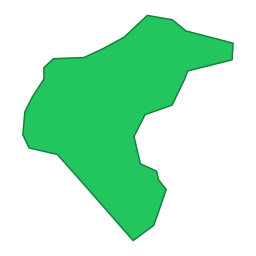 Håbo, Uppsala, Sweden
{"feature_id": "70781695B92179947733234", "entity_name": "Håbo", "entity_type": "district", "adm_level": 2, "iso_a3": "SWE", "parent_name": "Sweden", "parent_adm1": "Uppsala", "projection": "robinson", "projection_center": [17.508, 59.623], "detail": "fine", "context": "isolated", "style": "filled", "palette": "green", "viewbox_px": 256, "rotation_deg": 0, "n_neighbors": 0, "source": "geoboundaries", "source_scale": "gbopen_adm2", "svg_char_len": 510}
<svg xmlns="http://www.w3.org/2000/svg" viewBox="0 0 256 256"><path d="M147.3,15.4L124.1,37.2L103.1,48.6L84.0,57.5L53.5,58.7L43.9,67.6L43.9,79.0L32.4,96.8L24.8,112.0L22.9,134.9L29.1,148.0L57.4,154.5L87.4,188.4L133.1,240.6L153.8,225.4L166.2,189.6L158.5,179.7L156.6,171.2L140.4,163.8L134.0,136.5L145.1,114.6L172.1,105.1L178.0,92.9L184.9,78.6L187.6,71.0L188.0,70.9L232.1,59.8L233.1,43.2L189.3,31.8L185.9,30.9L177.6,24.1L172.4,19.8L151.2,16.1L147.3,15.4Z" fill="#22c55e" stroke="#15803d" stroke-width="1.5"/></svg>